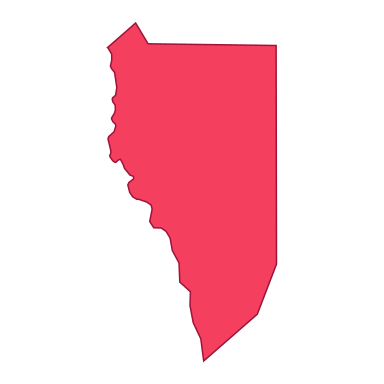 the district of Zapata, Texas, United States of America
{"feature_id": "52423323B38699112518848", "entity_name": "Zapata", "entity_type": "district", "adm_level": 2, "iso_a3": "USA", "parent_name": "United States of America", "parent_adm1": "Texas", "projection": "equal_earth", "projection_center": [-99.362, 26.945], "detail": "fine", "context": "isolated", "style": "filled", "palette": "rose", "viewbox_px": 384, "rotation_deg": 0, "n_neighbors": 0, "source": "geoboundaries", "source_scale": "gbopen_adm2", "svg_char_len": 909}
<svg xmlns="http://www.w3.org/2000/svg" viewBox="0 0 384 384"><path d="M107.5,47.6L108.0,47.9L111.7,54.3L111.7,60.2L110.4,66.3L111.6,68.7L114.6,72.5L116.8,87.6L115.6,95.3L112.9,97.5L112.2,98.9L112.8,101.8L115.1,105.0L115.4,110.0L114.4,113.3L111.8,117.5L111.5,118.9L113.0,121.8L115.5,124.3L115.8,126.1L114.1,131.7L108.7,136.6L108.0,138.9L110.8,150.7L110.8,153.1L109.8,155.4L110.0,156.8L112.6,160.6L114.8,162.3L115.8,162.3L118.8,159.7L120.5,159.4L123.2,164.6L124.5,168.4L130.0,175.1L133.0,176.2L133.6,177.3L133.4,179.0L129.0,182.4L127.8,184.9L129.7,192.4L132.7,196.8L136.8,199.3L138.8,199.3L146.9,202.1L151.2,205.2L152.1,209.3L149.7,221.5L153.8,227.8L161.2,228.0L166.1,231.4L170.1,238.1L172.3,250.5L179.0,262.9L179.8,282.1L190.4,291.7L190.0,305.6L193.2,322.6L200.8,338.8L203.7,361.0L257.3,314.2L276.5,264.1L276.1,45.5L148.1,43.8L135.6,23.0L107.5,47.6Z" fill="#f43f5e" stroke="#9f1239" stroke-width="1.5"/></svg>